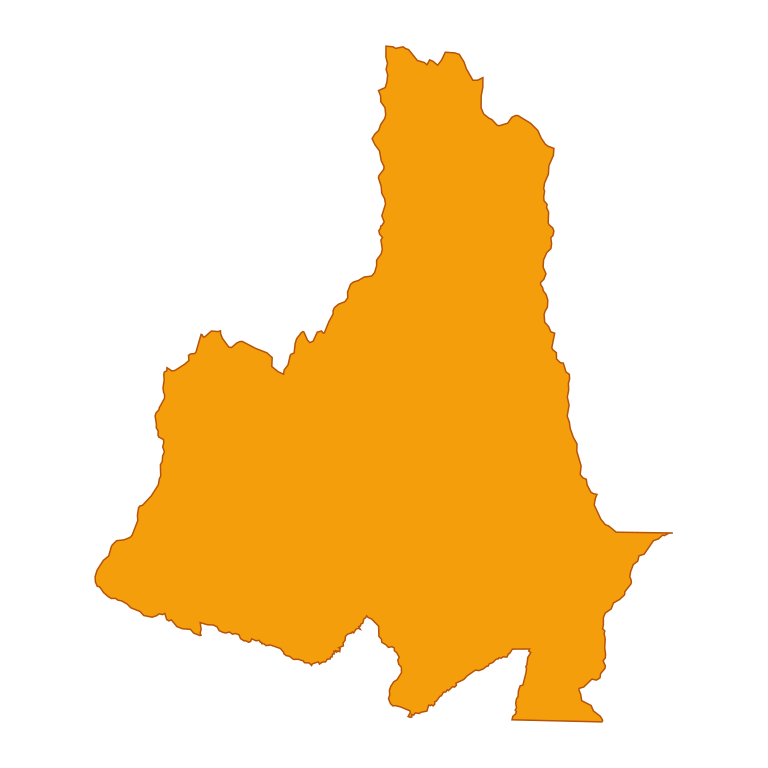 the district of Palanda, Zamora Chinchipe, Ecuador
{"feature_id": "8360857B40737212656211", "entity_name": "Palanda", "entity_type": "district", "adm_level": 2, "iso_a3": "ECU", "parent_name": "Ecuador", "parent_adm1": "Zamora Chinchipe", "projection": "natural_earth1", "projection_center": [-79.11, -4.519], "detail": "fine", "context": "isolated", "style": "filled", "palette": "amber", "viewbox_px": 768, "rotation_deg": 0, "n_neighbors": 0, "source": "geoboundaries", "source_scale": "gbopen_adm2", "svg_char_len": 6096}
<svg xmlns="http://www.w3.org/2000/svg" viewBox="0 0 768 768"><path d="M601.9,721.9L602.6,720.7L602.2,719.3L600.2,716.2L593.4,710.9L591.1,705.5L581.7,700.7L580.7,694.4L578.9,689.8L579.1,688.4L583.8,687.0L591.9,679.1L596.3,680.1L599.0,678.6L600.0,677.8L600.6,673.6L604.9,668.5L605.4,666.0L603.1,660.8L605.3,657.9L605.6,654.4L604.7,648.1L605.2,638.9L604.1,633.6L604.8,631.0L602.6,628.7L603.4,625.0L603.4,617.5L605.3,613.0L611.1,609.0L613.5,602.9L619.3,599.7L624.0,595.4L624.7,594.4L624.8,591.8L630.9,584.0L631.4,582.4L631.0,579.6L629.8,576.9L630.7,571.4L633.3,564.5L637.7,561.2L639.0,555.8L644.1,554.2L653.5,540.6L658.3,539.0L662.7,535.1L664.4,535.6L669.0,533.1L672.9,533.0L616.2,532.2L608.6,525.9L605.4,524.7L600.8,519.2L594.2,504.9L595.4,498.2L597.0,494.4L593.4,493.7L590.8,492.0L587.1,484.9L586.3,479.3L582.8,477.8L580.2,474.5L581.1,465.9L576.8,451.2L577.0,443.8L573.4,437.5L570.2,428.4L569.4,422.3L567.2,416.1L569.1,405.1L567.3,397.0L568.7,390.1L568.4,383.4L569.6,378.8L569.3,374.3L566.0,372.0L563.3,363.1L560.4,362.7L556.5,359.0L556.4,352.7L552.7,349.7L551.8,347.7L554.7,333.2L550.8,331.8L548.6,326.6L544.7,322.2L544.1,314.4L545.2,310.9L547.4,307.3L547.8,300.2L546.1,294.6L543.3,290.8L542.6,287.6L540.5,284.2L540.7,282.4L543.8,279.4L546.0,273.8L543.1,267.2L543.6,259.8L546.7,252.7L550.9,248.6L551.6,243.8L550.8,237.6L552.9,235.6L553.9,231.2L552.6,227.8L549.2,225.0L548.2,222.9L548.6,212.0L546.6,207.9L547.1,204.3L544.0,200.7L543.7,196.6L544.6,191.3L543.7,188.6L544.6,182.8L548.4,174.2L548.9,165.7L553.4,155.4L553.9,148.4L547.8,146.1L545.2,144.1L541.2,138.1L537.8,130.5L530.6,123.3L518.0,115.6L515.6,115.5L511.8,117.3L507.7,123.2L499.0,125.8L497.0,125.1L491.8,119.5L488.9,118.2L483.7,114.0L481.1,108.0L481.2,95.9L482.8,87.3L482.9,77.6L477.7,80.2L472.9,80.3L466.4,68.9L464.0,62.0L459.3,54.4L454.7,52.9L445.3,52.2L441.5,60.2L437.6,65.2L433.0,61.3L429.6,59.9L427.0,64.8L424.3,62.5L417.4,60.5L408.6,49.6L405.5,48.6L403.2,46.8L395.5,48.4L393.4,46.9L386.0,46.1L385.9,57.0L387.5,63.5L386.1,69.3L387.7,74.8L386.9,82.0L385.2,87.6L378.5,90.5L380.6,95.9L380.8,101.8L385.0,107.7L385.7,114.9L384.7,118.6L380.8,124.3L378.7,130.4L374.8,134.1L372.1,138.7L375.0,144.8L379.5,150.9L381.2,160.6L384.1,166.7L383.7,169.4L379.0,175.5L378.4,177.7L381.1,186.1L381.8,193.4L384.6,198.7L385.5,204.1L381.8,215.8L384.2,221.9L381.9,225.5L380.8,226.0L380.4,228.4L378.8,230.7L379.6,234.2L382.5,237.5L380.9,240.0L382.3,249.4L381.2,253.8L376.6,260.2L376.6,265.8L374.6,272.6L371.7,276.0L364.0,277.1L358.4,280.5L353.5,282.0L350.6,284.2L347.6,291.9L347.7,297.9L344.9,301.7L338.5,304.2L334.4,307.7L333.1,310.6L333.1,314.0L329.0,321.4L324.3,333.0L323.0,332.9L321.5,331.0L317.3,332.1L313.1,341.2L309.9,342.6L307.5,340.2L303.9,332.0L302.9,331.6L301.2,332.8L296.6,338.8L295.2,343.3L294.1,353.0L291.0,354.3L290.2,355.4L288.0,365.0L284.2,369.9L283.5,374.2L278.1,371.7L271.8,366.5L272.2,357.6L266.9,352.8L255.6,348.4L242.4,341.5L240.2,341.5L236.9,342.9L231.5,347.5L228.7,347.0L222.3,338.2L220.6,333.7L220.5,330.8L218.0,331.6L211.4,331.0L204.5,337.1L203.1,336.8L202.2,334.9L201.1,334.4L196.0,352.0L194.8,353.5L190.4,354.0L188.5,355.4L188.9,360.5L184.7,364.2L174.9,370.5L171.9,370.9L167.0,367.7L166.8,370.7L164.2,372.2L163.8,374.5L164.2,379.9L163.0,387.7L163.5,392.0L164.6,394.7L164.5,398.3L159.2,407.9L159.0,409.7L156.1,412.8L155.1,415.9L156.4,424.2L156.3,427.9L158.2,430.9L158.0,435.2L158.8,437.1L163.4,439.5L163.8,442.4L162.7,446.9L164.4,451.9L162.6,456.0L162.3,461.3L160.4,464.8L160.7,476.2L159.4,478.6L158.3,484.9L151.2,496.0L142.5,505.3L139.9,506.0L138.6,507.6L137.4,515.5L137.8,520.5L132.2,535.0L130.5,537.1L127.5,538.5L123.7,539.9L116.6,540.7L112.4,544.8L111.3,546.7L108.7,556.0L103.4,560.3L97.1,570.1L95.1,576.7L95.4,581.9L97.3,586.3L99.6,586.8L103.7,592.7L108.1,596.5L111.3,598.5L115.5,598.4L117.8,600.1L121.6,600.9L127.1,604.0L130.8,607.8L140.1,611.5L143.7,615.5L152.1,617.2L156.6,615.7L159.2,613.8L162.4,614.6L164.8,613.5L166.7,619.5L168.9,620.9L171.4,619.9L176.9,626.6L182.5,628.8L190.4,629.3L193.8,633.2L199.9,635.5L201.0,635.3L200.2,633.1L201.1,629.3L200.2,622.6L207.2,624.7L213.3,625.0L217.1,626.9L219.2,630.7L223.2,632.5L225.9,633.0L229.5,632.0L232.5,634.2L235.5,633.5L239.0,634.8L240.5,638.6L244.1,640.9L245.3,640.6L248.7,642.3L250.6,641.4L251.7,638.8L256.0,640.8L259.2,640.3L260.3,642.2L261.7,642.5L261.8,643.7L264.1,643.9L266.0,645.6L270.5,645.0L280.4,648.5L283.5,652.1L284.0,653.9L286.2,655.6L289.5,656.3L293.5,659.4L298.4,659.3L303.4,661.0L304.4,662.7L309.2,663.0L311.6,665.5L312.3,663.9L317.7,662.0L318.6,662.2L319.4,664.1L322.6,662.0L325.5,661.9L327.3,659.2L330.2,658.9L330.5,657.1L332.1,656.8L332.4,654.1L334.2,653.9L333.9,651.2L336.0,652.0L335.9,650.8L337.3,651.7L338.0,650.9L339.7,651.7L340.2,648.6L338.7,647.7L343.4,645.9L343.1,643.0L345.1,640.2L345.4,636.5L347.5,634.2L351.6,632.9L352.3,631.9L353.7,632.9L356.1,629.0L358.5,628.4L360.2,629.2L358.7,626.5L360.4,626.0L361.0,624.0L362.8,623.2L363.9,618.8L365.6,617.8L366.7,615.8L368.2,617.5L371.6,619.0L378.6,626.1L378.9,636.3L381.4,639.2L381.9,642.4L385.9,644.7L388.4,647.4L391.9,646.7L394.3,648.0L394.4,650.8L396.6,652.5L399.2,657.2L397.8,660.0L398.7,664.2L401.3,667.1L401.5,672.6L397.1,679.7L393.7,681.8L390.8,686.3L389.4,690.2L389.7,695.0L388.5,698.7L390.5,703.6L392.8,705.9L395.3,705.6L400.2,706.8L409.9,710.8L410.3,712.5L408.1,716.5L410.3,717.4L411.9,716.9L411.7,714.6L413.7,715.1L415.4,712.9L419.4,713.5L420.8,712.3L426.9,711.1L428.7,705.1L430.2,705.7L431.5,704.8L433.1,705.9L434.7,704.3L434.8,701.7L436.3,701.2L439.9,696.3L441.4,695.8L443.4,692.2L445.8,692.0L447.2,689.9L448.5,690.6L452.5,686.7L454.6,687.1L456.4,685.3L456.0,683.1L463.8,679.5L467.0,676.0L475.4,670.1L479.0,670.6L483.3,668.9L486.3,666.4L488.2,666.1L489.1,663.9L492.7,662.6L496.2,659.1L498.3,658.9L498.9,657.7L501.2,658.2L503.0,656.8L506.9,657.1L508.4,654.1L509.8,653.2L512.4,649.1L529.6,649.0L528.7,651.0L530.8,652.6L527.8,657.4L526.9,664.8L525.8,666.8L526.5,668.4L526.1,672.3L522.9,685.0L520.1,685.9L518.4,690.9L518.1,696.4L516.5,698.9L515.7,703.2L516.5,707.7L515.2,710.2L516.4,711.5L515.6,713.9L512.8,716.4L512.0,719.8L601.9,721.9Z" fill="#f59e0b" stroke="#b45309" stroke-width="1.5"/></svg>